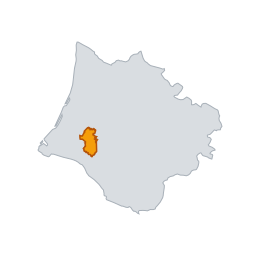 location of Moronou, N'zi-Comoé, Ivory Coast, rotated 121°
{"feature_id": "98640826B53162767921513", "entity_name": "Moronou", "entity_type": "district", "adm_level": 2, "iso_a3": "CIV", "parent_name": "Ivory Coast", "parent_adm1": "N'zi-Comoé", "projection": "natural_earth1", "projection_center": [-4.266, 6.594], "detail": "fine", "context": "in_parent", "style": "filled", "palette": "amber", "viewbox_px": 256, "rotation_deg": 121, "n_neighbors": 0, "source": "geoboundaries", "source_scale": "gbopen_adm2", "svg_char_len": 7338}
<svg xmlns="http://www.w3.org/2000/svg" viewBox="0 0 256 256"><g transform="rotate(121 128 128)"><path d="M70.4,55.6L71.1,55.6L72.9,55.0L74.6,53.6L76.1,50.7L78.2,48.3L80.5,48.5L81.2,48.1L82.1,48.0L83.0,49.5L84.0,50.7L84.7,50.7L85.2,53.0L89.5,53.9L91.4,54.5L92.9,56.1L93.4,56.2L94.1,55.8L94.6,55.2L94.7,54.6L94.1,53.2L94.3,51.8L95.0,50.7L96.1,50.6L97.8,50.3L99.7,50.3L101.1,50.5L101.7,49.3L101.2,46.0L101.3,44.2L101.5,42.6L102.1,42.0L104.2,43.9L106.1,44.6L107.5,44.7L107.9,44.3L107.3,42.2L107.5,41.6L108.0,41.2L108.9,41.0L111.4,40.1L111.6,40.3L112.1,43.6L111.9,44.7L112.4,47.0L113.0,49.1L113.0,49.9L112.5,51.2L111.8,52.4L111.9,52.9L112.9,53.7L114.8,54.5L116.7,54.7L117.8,53.5L119.0,52.5L119.8,51.6L120.0,50.3L121.3,49.4L124.8,48.2L128.1,48.0L128.9,48.4L130.3,50.2L132.2,51.4L135.0,51.3L137.1,52.0L138.9,53.4L140.1,56.6L141.4,58.8L142.0,62.0L144.0,63.7L145.7,64.5L147.9,66.8L150.1,68.0L152.5,67.7L153.6,69.0L155.3,69.8L157.1,69.9L158.6,67.2L160.7,66.1L165.8,64.0L167.9,63.0L169.9,62.4L174.9,62.2L179.5,62.9L181.8,63.4L183.4,63.0L184.9,64.3L186.4,66.9L187.7,67.8L189.0,68.7L189.9,70.8L191.0,72.9L191.7,73.9L193.0,75.9L194.2,76.0L195.4,75.1L195.9,74.4L196.1,75.8L195.7,78.0L195.8,79.4L196.4,79.9L196.1,81.7L194.7,84.7L194.7,86.5L196.1,87.0L197.0,88.9L197.6,92.1L198.2,93.2L198.3,93.9L199.2,101.7L200.5,109.5L199.7,110.5L198.6,110.8L197.9,111.2L197.8,111.9L198.2,113.0L197.9,114.0L196.6,114.7L193.7,117.2L193.5,118.1L192.8,120.3L192.1,121.6L191.2,124.0L189.7,130.3L189.2,135.6L189.1,137.2L188.5,138.3L187.9,140.0L184.7,144.5L183.1,148.2L183.4,149.8L183.4,151.4L183.0,152.5L183.0,155.7L183.4,158.3L184.0,160.8L186.3,168.1L187.4,172.5L188.2,176.0L188.8,178.4L189.4,179.4L189.7,180.3L193.0,180.9L193.7,181.5L194.6,186.1L194.4,188.2L193.8,188.9L193.8,190.7L193.7,192.9L193.2,193.8L191.3,193.9L190.0,194.7L188.3,194.4L188.2,193.8L187.3,193.6L184.8,192.4L185.2,188.4L184.0,188.2L183.1,188.7L181.4,193.6L180.5,194.4L168.1,191.9L165.4,189.9L162.1,189.5L156.5,189.7L151.8,190.3L150.5,191.5L162.2,190.8L163.5,190.9L164.1,191.6L149.3,193.2L143.6,194.2L141.9,193.9L140.6,192.4L134.5,192.2L133.2,192.7L132.5,193.8L134.9,193.6L138.7,193.5L139.7,194.4L127.8,195.5L119.5,197.7L115.9,199.3L104.4,204.6L97.3,207.0L95.4,208.0L92.2,210.5L88.1,212.2L83.5,215.2L80.6,215.9L80.0,214.9L79.9,209.8L79.5,202.9L79.7,200.3L80.1,197.8L80.1,195.8L81.5,195.0L81.9,194.1L82.1,191.5L83.4,189.0L83.4,184.8L83.8,183.9L84.1,182.8L83.6,180.0L82.8,174.8L82.5,174.5L82.2,174.7L81.4,174.8L78.5,173.0L76.3,172.7L74.7,171.1L74.6,169.4L73.8,168.3L73.3,166.3L72.5,164.0L70.3,162.5L68.2,162.2L66.8,162.5L65.0,162.4L63.1,161.6L61.7,160.7L60.4,159.0L59.2,157.7L58.2,157.8L57.1,157.5L55.9,156.9L55.5,156.4L60.4,151.0L62.0,148.3L62.2,146.7L62.2,145.1L62.7,143.4L62.9,140.8L60.2,131.5L59.6,128.6L58.9,127.8L58.4,127.5L59.7,126.3L61.6,126.6L64.4,127.5L65.1,126.6L67.2,121.9L67.2,120.1L67.0,118.9L68.2,115.7L69.2,114.5L69.8,113.1L69.6,111.3L68.8,110.6L67.8,110.7L66.7,110.3L64.8,109.2L63.9,108.3L64.2,104.0L64.4,102.7L65.0,102.0L66.0,101.7L68.8,101.6L71.1,102.1L73.1,102.4L74.2,102.4L75.1,103.6L76.2,104.9L77.2,104.9L77.6,104.0L77.4,99.8L76.7,97.5L75.2,95.4L71.2,93.6L71.1,91.0L71.5,88.3L72.4,87.2L75.3,85.5L74.8,84.5L73.9,83.5L72.0,82.5L72.4,79.2L72.5,76.2L71.0,76.6L69.3,76.7L68.0,75.8L66.8,74.0L66.6,69.1L66.7,63.4L66.4,60.8L66.9,59.5L68.3,58.3L69.8,56.7L70.4,55.6ZM186.7,194.5L186.1,195.5L182.9,194.8L183.7,193.9L186.7,194.5Z" fill="#d9dde1" stroke="#a8b0b8" stroke-width="1"/><path d="M162.2,163.2L161.1,161.2L161.7,157.4L162.8,156.8L163.1,157.2L163.3,156.8L163.5,156.5L164.4,156.0L165.0,155.5L165.3,155.2L165.6,155.1L165.8,155.3L165.9,155.5L166.0,155.5L166.3,155.5L166.6,155.4L166.9,155.4L167.0,155.3L167.2,155.2L167.3,155.2L167.5,155.4L167.6,155.5L167.8,155.7L168.1,155.6L168.6,155.7L168.8,155.3L168.9,155.2L169.0,154.8L169.0,154.7L169.4,154.5L169.6,154.3L169.8,154.3L169.9,154.1L170.1,153.8L170.2,153.7L170.3,153.7L170.4,153.4L170.2,153.1L170.3,153.0L170.3,152.8L170.3,152.7L170.1,152.6L170.0,152.4L170.0,152.2L169.9,152.1L169.7,151.8L169.7,151.7L169.8,151.7L170.1,151.6L170.2,151.2L170.3,151.2L170.5,151.2L170.3,150.7L170.2,150.4L169.9,150.2L169.9,149.9L169.7,149.6L169.7,149.4L169.9,149.3L170.0,149.3L170.1,149.2L170.3,149.1L170.6,149.1L170.7,148.9L170.6,148.6L170.6,148.4L170.7,148.1L170.9,148.0L170.9,147.9L170.8,147.6L170.7,147.5L170.4,147.3L170.2,146.9L170.2,146.6L170.3,146.5L170.4,146.2L170.7,145.9L170.9,145.6L171.1,145.4L171.2,145.2L171.1,144.6L171.0,144.3L171.1,144.2L170.9,144.0L170.6,144.4L170.6,144.5L170.5,144.8L170.4,144.9L170.2,144.8L170.1,144.6L170.1,144.3L169.9,144.2L169.7,144.2L169.4,144.0L169.4,143.9L169.2,143.8L168.9,143.7L168.8,143.4L168.6,143.2L168.2,143.2L168.0,143.3L167.9,143.3L167.7,143.3L167.6,143.1L167.1,143.2L167.0,143.5L166.9,143.5L166.6,143.5L166.5,143.4L166.3,143.2L166.2,143.2L165.8,143.1L165.6,143.0L165.4,143.2L165.2,143.1L164.9,143.0L164.7,142.9L164.4,142.8L164.1,142.9L156.9,147.5L157.0,147.5L157.2,147.8L157.0,148.1L156.9,148.3L156.7,148.5L156.4,148.3L156.1,148.4L156.0,148.6L155.7,148.5L155.6,148.3L155.4,148.2L155.2,148.3L154.8,148.2L154.8,148.3L154.7,148.5L154.8,148.4L154.9,148.5L154.7,148.7L154.6,148.9L154.7,149.0L154.3,149.1L154.2,149.0L153.9,149.1L153.8,148.9L153.7,148.8L153.7,149.1L153.7,149.3L153.9,149.5L154.0,149.6L154.4,149.6L154.6,149.6L154.8,149.7L154.8,149.9L154.7,149.9L154.7,150.0L154.5,149.9L154.4,149.9L154.5,150.1L154.6,150.3L154.6,150.5L154.5,150.4L154.3,150.3L154.3,150.2L154.2,150.0L153.9,150.1L153.9,150.3L153.9,150.5L153.8,150.8L153.6,150.8L153.5,150.7L153.4,150.5L153.5,150.8L153.4,151.2L153.4,151.3L153.3,151.5L153.2,151.5L153.1,151.4L153.1,151.2L153.0,150.9L152.9,150.7L152.7,150.9L152.6,151.1L152.4,151.1L152.3,150.8L152.2,150.9L152.0,150.7L151.9,150.6L151.6,150.5L151.7,150.9L151.8,151.1L151.9,151.3L152.1,151.5L152.1,151.9L152.0,152.1L151.9,152.3L151.8,152.5L151.8,152.9L151.9,153.0L152.0,153.1L151.7,153.5L151.7,153.8L151.8,154.1L151.9,154.4L151.6,154.6L151.1,154.9L150.8,154.9L150.7,154.9L150.6,154.7L150.4,154.5L150.4,154.4L150.2,154.4L150.0,154.2L149.8,154.1L149.5,153.8L149.2,153.7L148.7,154.0L148.2,154.2L147.7,154.2L146.9,154.5L147.0,154.8L147.1,155.1L146.9,155.2L146.6,155.1L146.4,155.1L146.4,155.3L146.4,155.6L146.5,155.7L146.6,155.8L146.4,156.0L146.2,156.3L146.2,156.5L146.3,156.6L146.2,156.8L146.2,157.0L146.3,157.0L146.5,157.0L146.7,156.9L146.9,156.8L147.2,157.1L147.4,157.2L147.6,157.4L147.6,157.6L147.7,157.8L147.4,157.8L147.3,158.0L147.3,158.3L147.5,158.2L147.7,158.3L147.9,158.3L147.9,158.5L147.7,158.7L147.6,158.8L147.8,159.0L148.1,159.1L148.3,159.1L148.4,159.3L148.2,159.4L147.9,159.3L147.9,159.5L148.3,159.6L148.4,159.8L148.5,159.8L148.4,159.9L148.2,160.0L148.1,160.3L148.0,160.5L147.9,160.5L148.0,160.8L148.3,160.9L148.2,161.0L147.9,161.2L147.8,161.5L148.0,161.7L147.8,161.7L147.7,161.7L147.7,161.8L147.7,162.0L147.8,162.1L148.0,162.0L148.3,162.1L148.4,162.3L148.5,162.3L148.7,162.5L148.7,162.8L153.1,163.8L153.2,163.6L153.5,163.1L153.8,163.0L154.0,163.2L154.0,163.4L154.1,163.5L154.4,163.4L154.5,163.4L155.1,163.1L155.4,163.2L155.7,163.1L156.0,163.2L156.3,163.2L156.5,163.2L156.8,163.1L157.1,163.1L157.5,163.1L157.8,163.0L158.0,163.1L158.4,163.1L158.6,163.2L158.6,163.3L158.6,163.5L158.7,163.8L158.8,164.0L159.0,164.2L159.0,164.4L159.1,164.6L159.1,164.8L159.1,165.0L159.4,165.2L159.4,165.3L161.2,164.1L162.0,163.4L162.2,163.2Z" fill="#f59e0b" stroke="#b45309" stroke-width="1.5"/></g></svg>